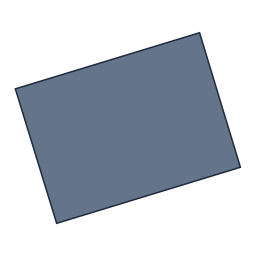 Bremer, Iowa, United States of America (Equal Earth projection), rotated 163°
{"feature_id": "52423323B90792041725693", "entity_name": "Bremer", "entity_type": "district", "adm_level": 2, "iso_a3": "USA", "parent_name": "United States of America", "parent_adm1": "Iowa", "projection": "equal_earth", "projection_center": [-92.397, 42.775], "detail": "fine", "context": "isolated", "style": "filled", "palette": "slate", "viewbox_px": 256, "rotation_deg": 163, "n_neighbors": 0, "source": "geoboundaries", "source_scale": "gbopen_adm2", "svg_char_len": 237}
<svg xmlns="http://www.w3.org/2000/svg" viewBox="0 0 256 256"><g transform="rotate(163 128 128)"><path d="M31.7,198.2L224.3,198.4L224.1,57.7L32.0,57.6L31.8,151.6L31.7,198.2Z" fill="#64748b" stroke="#1e293b" stroke-width="1.5"/></g></svg>